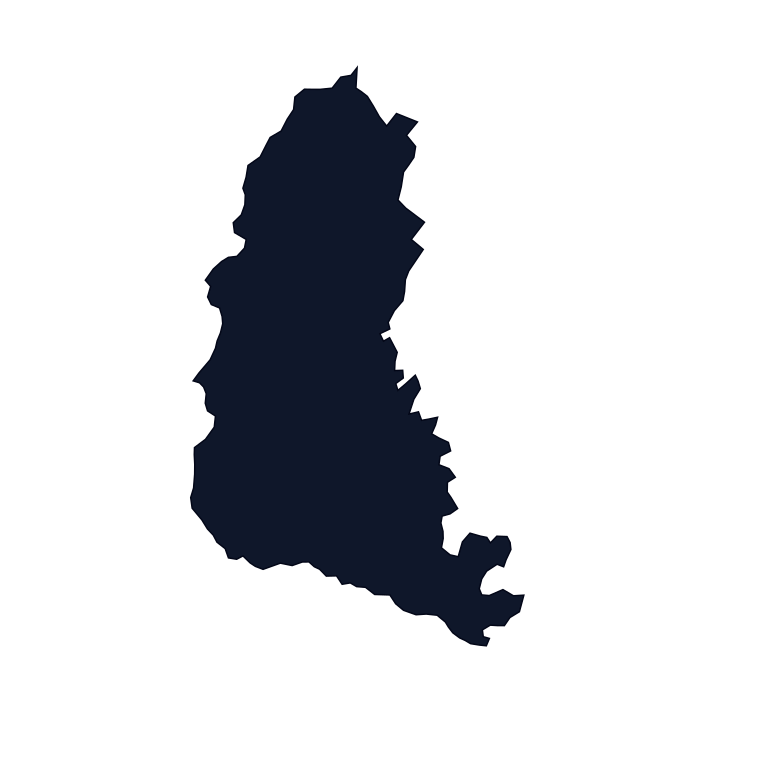 Manfrinópolis, Paraná, Brazil (Equal Earth projection), rotated 218°
{"feature_id": "56859067B18280238969622", "entity_name": "Manfrinópolis", "entity_type": "district", "adm_level": 2, "iso_a3": "BRA", "parent_name": "Brazil", "parent_adm1": "Paraná", "projection": "equal_earth", "projection_center": [-53.366, -26.105], "detail": "fine", "context": "isolated", "style": "filled", "palette": "ink", "viewbox_px": 768, "rotation_deg": 218, "n_neighbors": 0, "source": "geoboundaries", "source_scale": "gbopen_adm2", "svg_char_len": 2451}
<svg xmlns="http://www.w3.org/2000/svg" viewBox="0 0 768 768"><g transform="rotate(218 384 384)"><path d="M389.3,161.7L379.3,160.6L373.1,161.1L365.2,163.5L355.4,179.0L344.6,184.4L338.8,193.4L333.6,197.6L326.4,197.1L320.7,198.4L311.2,197.1L303.3,203.6L293.7,200.4L288.1,206.5L280.8,207.5L273.4,212.4L261.8,212.4L249.5,221.4L239.5,218.0L229.3,217.7L216.7,221.9L209.1,228.7L199.8,234.5L189.1,234.2L183.5,232.1L176.6,230.3L168.0,230.5L162.1,231.9L155.9,232.7L148.3,236.9L142.2,240.7L144.3,248.4L150.2,246.0L155.1,250.8L151.8,259.4L145.7,263.6L140.4,267.7L141.0,277.5L137.1,287.9L143.8,303.7L151.6,296.8L163.7,295.2L170.8,282.1L177.1,278.0L182.9,281.3L187.0,290.6L187.9,299.7L183.9,311.6L177.2,313.6L179.6,320.7L182.1,331.7L187.0,336.7L193.1,339.5L201.4,333.5L202.3,324.3L208.5,326.4L214.3,323.5L224.4,319.4L225.0,307.9L219.2,293.6L226.8,290.0L237.9,290.3L242.2,298.6L246.8,304.2L253.6,309.5L256.9,315.7L252.0,322.3L249.3,331.2L261.5,335.9L267.7,337.8L273.5,345.6L270.4,354.4L280.6,357.3L291.0,354.2L295.3,361.6L290.3,372.3L297.3,377.6L307.8,375.2L315.8,374.1L318.2,383.5L321.3,390.8L327.2,383.8L332.0,378.5L339.7,383.3L345.8,375.7L351.1,390.4L352.5,402.7L359.0,407.3L364.8,410.2L367.0,397.4L369.1,387.5L375.0,391.6L372.5,400.6L377.7,406.3L383.9,401.1L389.3,408.7L393.1,417.1L408.1,423.9L410.8,417.4L418.2,421.1L413.3,431.0L418.6,435.1L421.0,448.2L420.4,461.3L424.7,469.5L431.4,479.4L434.1,488.3L435.9,514.2L451.5,514.7L451.7,536.4L475.2,536.0L486.3,537.6L491.8,550.0L499.1,563.1L499.4,571.8L500.0,581.0L505.3,590.6L519.4,593.8L519.0,611.1L540.7,604.8L540.7,588.9L552.1,591.7L563.4,596.4L574.2,600.4L581.8,600.4L588.3,599.9L600.0,616.8L600.0,606.9L607.0,599.2L607.0,585.2L615.9,576.7L622.9,571.3L628.2,567.3L630.9,555.3L624.2,544.6L623.3,533.2L620.8,520.0L625.5,508.2L623.9,499.5L621.4,486.7L625.7,472.5L620.0,462.1L615.7,451.4L609.8,447.7L604.0,439.6L600.6,429.4L602.1,418.3L595.0,411.3L581.6,413.1L577.6,405.2L578.5,394.0L584.6,388.0L587.4,380.5L589.3,369.6L588.7,355.8L580.7,354.2L576.6,344.0L569.0,340.3L560.4,342.7L553.1,337.5L548.2,332.2L544.3,323.5L542.0,315.2L538.8,308.4L535.9,296.0L536.6,278.8L536.3,269.0L530.1,271.4L524.3,270.6L518.1,266.9L513.0,258.8L506.5,254.2L497.1,255.0L491.2,245.5L490.6,230.5L494.2,217.2L490.0,211.5L483.6,204.1L477.7,196.4L470.0,184.8L466.4,175.5L458.7,168.0L443.9,164.8L433.9,161.1L425.5,159.8L418.2,156.5L407.8,156.5L399.5,151.2L392.2,155.2L389.3,161.7Z" fill="#0f172a" stroke="#020617" stroke-width="1.5"/></g></svg>